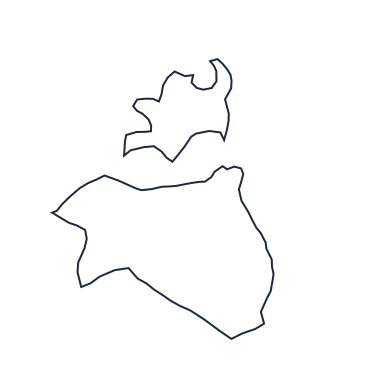 Milia Ammochostou, Cyprus, rotated 204°
{"feature_id": "46923920B90595863135808", "entity_name": "Milia Ammochostou", "entity_type": "district", "adm_level": 2, "iso_a3": "CYP", "parent_name": "Cyprus", "parent_adm1": "", "projection": "mercator", "projection_center": [33.805, 35.225], "detail": "fine", "context": "isolated", "style": "outline", "palette": "slate", "viewbox_px": 384, "rotation_deg": 204, "n_neighbors": 0, "source": "geoboundaries", "source_scale": "gbopen_adm2", "svg_char_len": 1611}
<svg xmlns="http://www.w3.org/2000/svg" viewBox="0 0 384 384"><g transform="rotate(204 192 192)"><path d="M311.4,116.2L291.9,113.8L283.4,114.6L274.1,113.8L269.0,106.1L267.3,96.7L267.3,81.4L263.9,72.1L254.6,60.2L247.8,67.0L241.9,77.2L230.9,89.1L219.1,96.7L206.4,90.8L196.2,89.9L186.9,87.4L175.9,85.7L167.4,84.0L157.3,83.1L145.4,83.1L129.4,80.6L109.9,76.3L96.3,73.8L88.7,83.1L78.6,92.5L72.6,101.0L80.3,110.5L80.3,116.5L80.3,125.2L79.8,133.4L82.5,144.3L84.1,150.2L88.5,156.2L91.7,162.8L100.9,170.4L104.2,175.8L112.3,182.3L118.8,185.6L126.4,191.6L132.9,197.0L143.2,204.1L150.2,213.4L151.3,222.1L152.4,229.1L156.7,233.5L163.7,232.4L169.2,227.0L174.6,228.0L179.5,219.9L180.5,213.4L184.3,206.8L189.7,204.1L195.7,200.3L200.6,197.0L208.2,191.6L214.1,188.3L221.7,184.5L230.4,178.0L239.0,173.1L245.0,172.5L255.3,172.5L264.0,172.5L278.6,171.5L284.0,164.9L290.5,157.9L295.9,150.2L301.9,137.7L305.7,127.9L307.8,119.8L311.4,116.2ZM268.8,197.6L265.0,205.2L254.2,213.4L245.5,218.3L236.3,216.6L228.7,212.8L222.2,211.7L220.1,219.3L217.4,229.7L215.2,242.2L212.0,247.1L201.1,254.7L190.3,258.0L183.8,252.5L185.4,263.4L187.6,272.1L190.3,278.6L199.5,290.1L198.4,302.6L201.1,309.7L204.4,314.6L209.8,318.4L216.3,321.6L222.8,323.8L228.7,318.9L223.3,316.2L219.0,312.4L214.7,303.1L216.3,295.0L223.3,290.1L229.8,289.0L236.9,291.7L238.5,299.3L245.5,295.0L256.9,295.0L260.7,286.8L261.8,277.6L259.6,268.9L259.1,261.2L265.6,261.2L272.1,258.5L279.7,254.2L280.7,246.5L275.3,243.8L268.8,243.3L261.2,240.6L256.4,236.2L254.2,230.8L259.1,228.0L267.2,224.2L275.3,217.2L273.7,210.6L268.8,197.6Z" fill="none" stroke="#1e293b" stroke-width="2"/></g></svg>